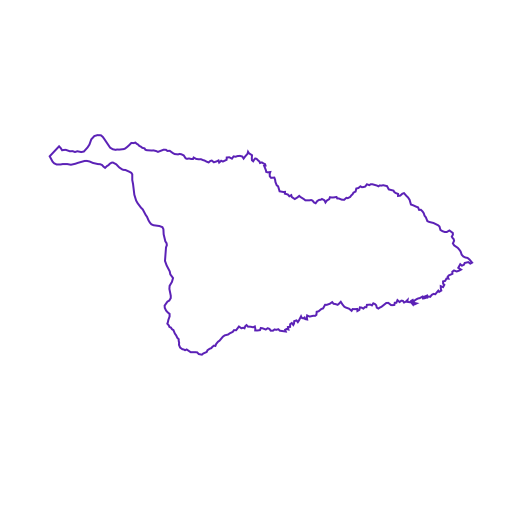 outline of São Félix do Tocantins, Tocantins, Brazil, rotated 186°
{"feature_id": "56859067B86088518377139", "entity_name": "São Félix do Tocantins", "entity_type": "district", "adm_level": 2, "iso_a3": "BRA", "parent_name": "Brazil", "parent_adm1": "Tocantins", "projection": "natural_earth1", "projection_center": [-46.69, -10.044], "detail": "fine", "context": "isolated", "style": "outline", "palette": "violet", "viewbox_px": 512, "rotation_deg": 186, "n_neighbors": 0, "source": "geoboundaries", "source_scale": "gbopen_adm2", "svg_char_len": 6077}
<svg xmlns="http://www.w3.org/2000/svg" viewBox="0 0 512 512"><g transform="rotate(186 256 256)"><path d="M81.5,232.7L80.0,233.8L78.5,233.6L77.1,235.8L75.4,236.9L73.7,236.7L71.1,240.6L70.1,239.5L68.1,241.0L68.8,242.9L69.1,245.3L66.7,244.6L65.7,247.0L67.0,248.0L67.3,250.3L65.3,251.0L64.2,253.5L62.2,253.6L63.2,255.3L62.3,256.8L58.8,258.8L59.1,260.9L57.6,262.3L54.8,261.6L52.6,262.6L50.7,263.9L53.6,265.4L52.0,269.2L50.2,267.9L48.3,269.1L47.7,270.9L44.2,272.1L42.1,270.8L40.4,272.0L43.3,274.8L45.4,276.2L47.7,276.4L49.8,277.2L51.6,278.8L53.0,281.9L54.6,283.7L56.2,285.2L60.1,287.3L61.5,289.1L60.6,291.8L61.2,293.5L62.3,294.4L63.3,295.7L62.4,297.8L62.7,299.5L66.3,301.6L68.8,299.8L70.8,299.6L73.2,300.2L75.3,301.2L76.6,304.5L78.1,305.6L83.0,307.4L87.4,308.0L89.2,308.6L91.1,312.2L92.6,313.7L93.6,316.0L95.0,317.7L96.9,319.2L98.6,318.9L99.9,321.3L101.9,321.8L104.8,322.8L107.3,323.4L109.1,327.9L110.9,330.1L112.7,331.5L115.4,334.0L117.0,333.2L118.9,331.1L121.0,330.6L121.2,332.6L123.6,333.2L125.1,334.0L126.1,335.4L130.9,336.1L133.0,339.2L136.9,339.7L138.7,339.1L140.4,339.1L141.5,338.1L143.1,338.7L147.7,339.5L149.5,339.3L150.7,338.3L153.2,338.9L154.6,336.5L156.3,335.8L157.9,335.5L159.4,336.2L161.3,334.3L163.3,333.6L163.7,330.5L165.7,329.2L166.4,327.5L167.6,326.2L168.5,324.6L170.8,323.1L172.2,323.3L174.2,321.1L176.6,321.0L179.8,321.9L181.2,321.7L182.1,323.1L184.7,322.4L186.6,322.1L188.6,322.2L189.1,320.2L191.3,318.6L192.5,316.5L193.8,318.6L196.4,319.6L197.5,318.7L199.1,318.4L200.8,317.1L202.2,314.7L203.9,315.3L205.6,317.0L207.0,317.4L208.9,316.9L212.7,316.5L214.4,317.6L218.1,319.4L219.3,320.3L220.9,318.6L223.4,316.7L226.6,318.4L227.3,320.2L229.1,318.9L230.8,320.5L233.8,321.0L233.9,322.8L235.3,322.5L239.3,322.8L241.3,327.6L242.8,328.5L244.4,331.6L245.0,333.9L246.0,335.9L249.2,335.3L250.6,336.7L251.0,339.0L250.6,341.0L253.0,340.4L254.6,340.7L255.1,342.3L257.3,346.5L256.0,346.9L256.6,348.3L258.2,348.8L260.0,349.7L261.7,348.9L262.5,350.4L263.8,351.2L265.6,352.7L267.0,352.9L267.9,351.6L268.7,349.9L270.0,350.8L270.4,352.8L270.5,355.8L273.8,357.5L274.8,358.8L275.1,356.8L277.1,354.0L278.5,351.6L280.0,353.5L282.4,353.9L285.0,353.4L286.6,352.6L288.7,352.7L290.1,350.3L292.9,351.4L295.4,350.9L295.3,348.6L298.8,346.5L300.6,347.1L302.4,345.1L303.3,347.1L305.0,346.0L307.7,344.8L310.0,346.3L311.4,345.7L312.9,344.1L315.1,344.7L317.2,345.6L318.6,345.8L320.9,346.5L323.0,346.2L325.7,346.3L328.3,347.4L328.8,345.9L330.7,345.7L332.8,346.0L334.8,345.4L336.2,345.8L338.4,348.5L341.0,349.4L342.8,349.5L344.1,348.9L347.6,348.9L349.5,349.7L352.8,351.6L355.1,351.2L356.6,352.2L358.9,352.1L364.4,349.3L366.1,349.9L368.9,350.3L370.7,350.0L375.7,349.8L377.1,350.1L378.1,351.4L380.4,351.7L381.9,352.7L383.6,353.3L384.9,354.5L386.5,355.2L387.8,356.2L389.4,355.5L391.8,355.4L393.7,353.0L395.5,351.0L397.5,349.1L398.7,348.5L403.2,347.5L405.3,347.4L406.7,346.9L409.6,347.2L412.4,348.5L419.2,356.6L420.8,358.4L422.8,359.8L424.2,359.8L426.4,359.6L429.3,358.4L432.0,354.8L433.3,349.4L434.9,346.3L438.1,341.9L440.7,341.1L444.6,341.5L446.9,340.5L449.3,341.1L452.1,340.7L456.3,341.7L458.1,341.4L459.9,340.9L461.5,342.9L463.3,344.5L471.6,333.6L468.2,328.6L466.5,327.1L463.9,326.2L459.9,326.6L457.9,327.2L453.3,327.7L449.6,327.4L445.2,328.9L442.9,330.0L436.4,332.6L434.2,332.9L431.4,332.6L427.9,331.5L422.8,330.9L420.6,331.0L418.6,330.4L417.1,329.0L415.3,327.9L413.6,329.9L412.2,330.9L411.1,332.4L409.4,333.7L408.1,334.0L404.6,332.6L401.3,329.8L398.1,328.1L396.8,327.8L394.9,327.9L390.9,326.6L388.7,325.7L387.6,324.3L387.0,318.6L385.8,314.7L383.4,304.2L381.0,298.6L379.3,296.2L375.5,292.1L373.5,290.5L370.0,285.3L368.5,283.6L366.6,280.2L365.0,278.1L363.4,276.6L361.2,275.9L355.1,275.7L352.1,274.9L350.9,273.0L350.1,267.9L347.7,261.1L346.3,259.4L345.8,257.5L346.4,255.1L346.0,241.6L343.9,237.3L340.2,231.7L339.3,228.8L336.2,225.4L336.9,221.5L338.8,217.3L338.7,214.2L336.6,207.5L336.4,205.2L337.6,202.6L339.3,201.4L341.7,197.1L341.3,194.9L339.7,192.3L337.9,190.7L335.9,189.4L335.6,186.9L336.5,183.2L336.7,181.1L337.1,179.4L335.4,177.8L334.7,176.4L333.1,175.9L331.9,174.4L330.4,173.7L328.6,170.4L327.1,168.7L325.7,166.4L324.2,165.2L324.0,163.5L323.4,161.8L323.3,159.6L321.9,157.0L319.5,155.6L318.1,155.5L316.7,154.9L315.2,155.8L310.9,153.5L306.1,154.0L304.4,154.0L302.7,152.5L299.5,152.2L298.3,153.5L295.0,155.4L294.4,157.2L292.4,158.9L290.8,159.7L289.9,161.1L288.4,162.5L287.0,162.3L286.4,164.4L284.8,166.8L283.4,168.0L280.5,172.3L278.8,173.8L275.5,175.0L274.1,176.3L271.2,178.1L270.2,179.9L268.0,180.1L265.6,184.1L263.0,182.6L261.2,183.3L259.9,182.9L259.3,185.1L258.2,186.3L256.6,184.9L254.0,185.1L251.4,184.8L249.8,185.8L249.1,183.6L249.0,181.9L246.7,182.1L244.3,182.7L243.7,184.9L242.0,184.8L238.6,183.9L236.8,185.4L235.0,184.9L233.6,183.3L231.3,183.5L229.9,184.9L228.2,184.7L226.1,185.5L224.5,184.2L218.5,184.0L219.3,185.7L217.8,186.7L216.1,186.3L216.8,188.7L214.7,189.1L214.9,191.7L213.4,193.1L211.7,191.3L211.1,192.8L211.2,195.2L209.0,196.2L207.5,194.6L206.6,196.3L204.9,200.7L204.1,199.3L202.5,198.9L201.3,199.9L200.5,198.4L198.5,198.2L199.0,200.0L198.9,202.2L197.6,201.7L196.2,201.4L192.9,202.5L190.9,202.7L189.8,203.8L189.8,206.9L188.0,207.5L185.5,210.1L183.8,210.9L182.2,214.7L180.6,214.8L177.6,216.2L175.4,218.1L173.9,216.6L172.0,216.5L169.7,216.0L168.5,217.2L166.9,219.3L165.0,216.9L162.9,214.8L161.5,214.2L157.9,213.3L155.2,211.5L154.4,213.3L151.9,213.5L149.8,213.9L149.4,211.9L147.6,213.2L147.3,215.8L145.6,215.7L143.7,214.9L142.5,216.5L140.9,216.6L140.6,219.0L137.3,219.6L135.5,219.0L134.4,221.2L132.6,220.6L131.3,219.5L130.5,217.3L128.8,216.5L127.7,217.5L125.9,218.6L121.5,222.9L119.5,223.2L116.6,221.3L114.9,221.4L113.3,221.8L113.1,224.0L111.5,224.2L110.7,226.9L108.4,225.2L106.7,226.8L105.2,226.7L103.9,225.2L102.2,226.3L100.7,228.1L100.8,226.2L98.0,226.1L97.0,227.6L95.5,228.7L94.6,227.2L93.2,228.7L91.7,229.9L90.2,230.8L88.8,231.2L86.2,233.0L85.5,231.2L84.0,231.6L81.5,232.7ZM81.5,232.7L84.0,233.3L81.8,234.5L81.5,232.7ZM93.8,225.9L94.6,227.2L96.5,225.8L94.6,223.9L93.8,225.9ZM93.8,225.9L93.0,224.6L91.4,225.6L93.8,225.9Z" fill="none" stroke="#5b21b6" stroke-width="2"/></g></svg>